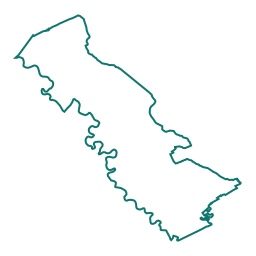 the district of Varfu Campului, Botosani, Romania
{"feature_id": "2599482B97560889775117", "entity_name": "Varfu Campului", "entity_type": "district", "adm_level": 2, "iso_a3": "ROU", "parent_name": "Romania", "parent_adm1": "Botosani", "projection": "natural_earth1", "projection_center": [26.332, 47.846], "detail": "fine", "context": "isolated", "style": "outline", "palette": "teal", "viewbox_px": 256, "rotation_deg": 0, "n_neighbors": 0, "source": "geoboundaries", "source_scale": "gbopen_adm2", "svg_char_len": 5802}
<svg xmlns="http://www.w3.org/2000/svg" viewBox="0 0 256 256"><path d="M207.9,226.4L211.5,224.6L211.5,223.9L211.1,223.5L209.3,223.0L208.6,222.5L207.4,220.6L206.8,220.1L205.7,219.6L203.5,219.8L201.9,219.6L200.7,218.8L200.7,217.9L201.4,217.6L202.7,218.8L203.8,218.8L205.3,217.9L206.6,216.0L207.3,216.0L207.6,216.4L206.7,218.5L207.2,219.5L208.2,220.1L208.9,219.4L208.6,218.0L209.2,217.2L209.5,217.1L210.2,217.4L210.8,217.4L211.7,216.9L212.5,216.1L212.9,215.1L212.6,214.2L212.0,213.9L210.5,214.7L209.9,214.8L208.8,214.5L208.2,213.7L207.7,213.5L204.3,215.4L202.5,212.9L207.8,208.3L207.8,209.0L207.4,209.9L207.4,211.3L207.6,211.5L208.2,211.5L209.3,211.0L209.8,209.9L210.7,209.0L210.7,208.7L210.6,208.3L209.3,207.4L208.6,205.9L208.8,205.4L211.3,203.7L210.8,203.3L218.5,199.0L217.1,197.9L220.7,195.4L221.1,196.0L223.1,194.7L224.5,194.4L225.4,195.0L233.3,190.1L237.0,188.2L235.4,186.0L240.1,183.9L240.5,183.3L240.0,183.1L240.2,182.5L239.7,182.0L239.0,181.8L238.9,181.4L238.3,181.3L238.3,180.6L237.5,180.2L237.8,179.6L237.1,178.7L234.8,179.2L233.1,180.1L232.1,179.7L229.4,180.0L227.4,179.0L226.5,179.0L225.8,179.3L225.4,179.1L220.7,176.7L219.2,175.7L218.2,174.7L216.1,173.1L213.4,171.9L211.0,170.2L207.7,168.1L202.7,167.0L201.1,165.9L200.4,165.9L199.2,165.3L199.2,165.0L198.1,164.3L196.7,164.1L192.9,161.6L192.5,161.6L192.1,160.9L191.1,160.3L188.9,159.8L187.5,159.0L187.0,159.2L186.5,159.1L185.6,159.8L184.3,160.1L182.6,161.0L182.0,160.9L180.9,161.8L179.6,162.1L177.0,163.2L176.4,163.2L175.8,163.5L173.7,161.5L170.3,154.2L173.2,152.7L172.0,151.5L173.9,150.3L175.7,148.5L175.0,147.4L175.0,147.0L179.3,146.4L181.7,147.0L183.4,148.0L185.2,148.1L190.9,145.7L191.1,145.5L190.8,144.7L189.5,141.8L188.6,140.9L187.9,139.3L186.9,138.3L183.5,137.5L182.7,137.0L182.3,136.2L181.8,135.9L180.0,135.7L178.4,134.9L176.4,134.3L175.4,133.4L173.7,131.0L170.1,130.6L166.0,131.8L165.2,131.6L163.2,130.3L162.3,129.4L162.2,129.0L162.3,127.3L162.2,126.1L158.3,124.2L156.2,123.1L155.5,122.4L153.1,118.8L151.1,116.3L149.9,113.6L149.6,112.0L149.9,110.8L149.8,109.7L150.3,108.0L150.9,106.8L153.9,104.1L155.1,102.4L155.4,101.2L155.2,100.4L153.4,98.4L152.2,96.6L151.9,95.9L151.8,94.9L149.3,92.5L121.1,69.5L119.5,68.4L118.9,68.3L118.5,67.7L116.7,67.1L115.7,67.0L115.4,66.4L114.1,65.2L108.9,65.0L107.4,64.3L102.3,63.4L100.3,62.0L99.5,61.2L98.1,60.5L97.1,59.5L96.0,58.0L94.7,57.4L94.1,56.7L93.0,55.9L92.0,54.6L90.8,54.5L88.7,53.4L88.1,52.3L88.3,51.7L88.0,50.7L86.4,48.1L85.6,45.6L87.4,44.8L87.8,44.3L87.6,43.5L86.6,41.8L86.7,40.8L87.4,39.1L89.1,37.9L89.6,36.8L89.5,36.2L89.2,35.5L87.8,33.3L86.8,30.7L86.3,27.1L84.1,20.5L84.1,19.7L83.5,18.8L80.1,16.1L78.2,15.4L72.7,18.1L69.9,19.0L59.3,23.7L57.3,24.9L52.6,26.9L49.3,28.9L49.2,29.3L48.6,28.9L48.2,30.2L47.5,29.9L47.5,30.3L47.0,30.6L46.5,30.3L46.3,30.4L46.2,30.8L45.9,30.9L45.7,30.8L43.1,31.3L35.0,35.4L34.0,36.1L33.1,35.2L18.6,55.0L15.5,57.8L16.7,57.8L18.5,57.1L19.3,57.1L20.7,57.5L22.7,58.5L23.3,59.7L23.9,62.3L23.4,65.7L24.2,66.7L26.2,67.6L28.2,67.8L30.6,67.0L33.8,65.6L34.8,65.5L36.4,65.9L37.2,66.7L38.0,67.8L39.4,72.5L39.5,73.5L40.7,75.5L42.4,76.5L45.7,76.7L47.6,77.1L48.5,77.9L50.1,80.2L52.5,81.5L53.2,83.1L53.0,85.2L52.4,86.6L50.8,88.5L50.4,88.4L49.5,88.8L47.2,91.4L46.0,91.7L45.3,91.6L44.6,91.2L43.3,88.9L42.3,89.0L42.0,89.3L41.6,90.6L41.9,92.8L42.7,93.9L43.5,94.3L45.4,94.4L47.8,93.8L49.4,94.5L50.1,95.3L50.6,96.3L50.6,96.9L50.0,97.9L50.1,99.5L51.4,100.1L52.6,99.8L55.5,100.9L56.8,102.1L60.0,105.7L62.9,110.7L64.4,111.7L67.7,107.8L70.3,105.3L72.1,102.5L73.3,99.5L73.9,99.1L74.5,99.0L75.7,100.2L78.3,101.7L79.5,103.8L79.7,105.2L78.7,110.8L79.0,112.0L79.5,112.7L81.9,114.0L85.4,115.1L87.5,114.3L89.0,112.9L90.0,112.9L91.7,114.7L94.3,119.4L95.2,120.1L97.7,121.1L99.2,122.4L99.3,122.9L99.2,123.6L98.7,124.3L98.1,126.0L97.1,126.7L96.2,127.0L95.0,127.1L92.7,126.1L91.9,126.1L90.7,126.7L89.2,128.4L88.9,129.0L88.8,130.4L89.0,131.5L89.5,132.6L90.6,133.5L93.2,134.5L93.7,134.8L93.9,135.4L93.2,136.5L91.7,137.3L90.7,137.3L88.3,136.5L86.9,137.3L86.0,138.6L85.6,140.2L85.8,142.3L86.2,143.3L87.0,144.4L88.4,145.6L90.9,146.1L91.6,146.4L92.0,147.0L92.0,148.5L92.3,148.8L92.8,148.9L94.5,148.2L95.0,147.4L94.9,146.6L93.9,144.6L94.0,143.3L94.6,142.4L95.9,141.9L99.5,141.7L100.0,141.7L101.0,142.3L102.4,143.9L102.6,144.4L102.6,145.4L102.2,146.3L100.2,149.1L99.9,151.5L98.7,153.5L98.8,154.1L99.2,154.3L100.4,154.1L102.6,152.5L103.5,152.2L104.6,152.2L107.2,153.3L109.0,153.2L110.4,152.4L112.3,150.4L113.7,149.7L114.8,149.7L116.1,150.8L116.4,151.5L116.6,152.5L116.2,155.6L115.3,156.9L114.4,157.4L113.0,157.6L109.8,156.8L108.5,156.8L107.2,157.2L106.1,158.2L106.1,159.6L106.9,162.5L106.3,164.5L106.3,165.9L106.6,167.2L107.4,168.8L108.7,169.7L109.8,170.0L111.4,169.8L114.2,168.4L114.9,168.7L115.2,169.3L114.9,170.2L114.0,171.2L112.1,172.1L109.7,172.6L108.2,173.5L107.7,174.5L108.0,176.1L111.1,180.4L114.0,181.1L115.6,182.2L115.9,182.9L115.9,183.5L115.2,186.4L115.4,187.1L120.7,188.0L123.8,189.6L125.6,191.0L126.4,192.9L126.4,194.6L124.3,196.9L124.3,197.2L124.7,199.2L125.5,200.3L126.7,200.7L128.8,199.9L131.6,199.9L133.6,200.3L134.8,201.1L135.5,202.1L136.1,204.3L136.4,207.5L136.7,208.1L137.4,208.8L138.7,209.3L140.1,209.5L141.0,209.3L143.0,208.3L144.1,208.3L144.5,208.8L144.9,211.7L146.3,213.2L146.8,213.3L150.1,212.8L151.9,213.2L152.5,213.6L152.6,214.0L152.6,214.7L150.8,216.5L150.1,218.0L150.5,222.1L151.1,223.4L152.2,223.9L153.5,223.7L155.3,222.9L156.5,221.3L157.1,220.9L158.6,220.6L159.6,221.1L160.5,221.8L160.7,222.6L160.5,223.2L159.3,224.5L159.2,225.0L159.3,225.5L160.1,226.2L160.5,227.1L160.7,228.1L160.6,229.5L160.8,229.9L161.8,230.2L165.6,230.3L166.2,230.6L169.8,237.3L170.4,239.2L171.2,240.1L172.8,238.2L173.4,235.8L176.7,236.7L177.7,237.2L178.0,237.6L178.0,238.2L177.2,239.4L177.1,240.0L177.3,240.4L178.3,240.6L201.1,229.5L206.6,226.5L207.9,226.4Z" fill="none" stroke="#0f766e" stroke-width="2"/></svg>